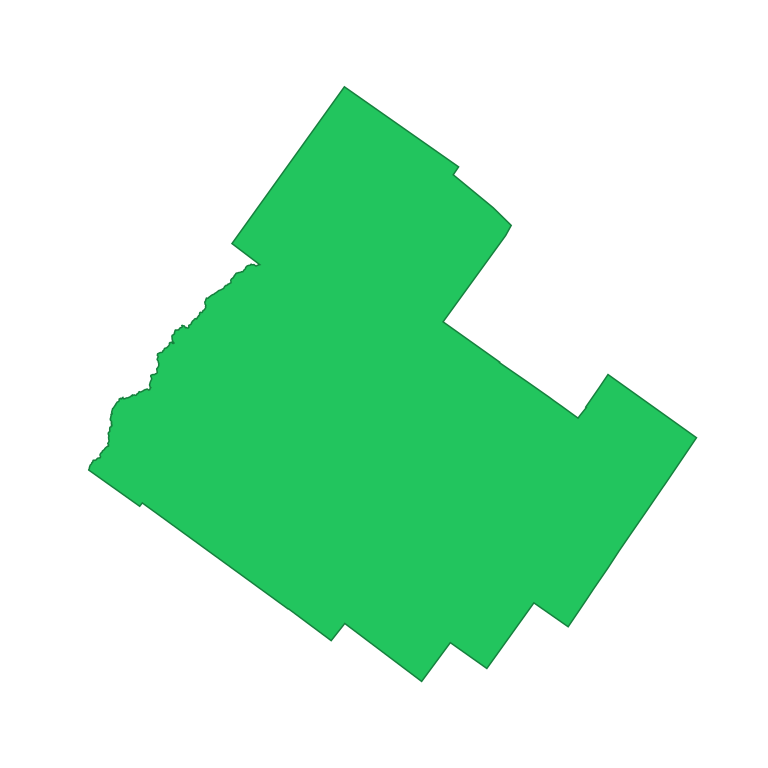 Ayacucho, Buenos Aires, Argentina, rotated 353°
{"feature_id": "61730980B23914757099295", "entity_name": "Ayacucho", "entity_type": "district", "adm_level": 2, "iso_a3": "ARG", "parent_name": "Argentina", "parent_adm1": "Buenos Aires", "projection": "natural_earth1", "projection_center": [-58.84, -36.976], "detail": "fine", "context": "isolated", "style": "filled", "palette": "green", "viewbox_px": 768, "rotation_deg": 353, "n_neighbors": 0, "source": "geoboundaries", "source_scale": "gbopen_adm2", "svg_char_len": 6097}
<svg xmlns="http://www.w3.org/2000/svg" viewBox="0 0 768 768"><g transform="rotate(353 384 384)"><path d="M484.5,177.6L380.9,84.2L250.2,226.1L275.2,250.4L274.2,250.5L273.9,250.6L272.7,250.8L272.1,251.2L271.3,251.3L270.4,250.6L269.5,249.6L268.4,249.7L267.2,249.4L266.7,248.9L266.2,249.3L265.7,249.8L264.0,249.8L262.7,250.1L262.3,250.3L261.2,251.2L260.8,251.7L260.8,252.1L260.4,252.7L259.8,253.3L258.8,253.9L257.7,255.3L257.0,255.4L256.5,255.2L256.0,255.3L255.1,255.7L254.2,255.7L253.7,255.6L252.5,255.9L250.9,256.0L250.6,256.2L250.3,256.5L249.8,257.3L249.6,257.5L249.1,257.7L248.3,258.7L248.3,259.1L247.7,259.5L247.3,260.2L246.9,260.2L246.7,260.5L246.2,260.8L245.6,261.0L245.4,261.2L245.2,261.6L244.7,262.0L244.5,262.4L244.6,263.8L244.5,264.5L244.3,265.0L243.4,265.2L243.1,265.5L242.4,265.6L242.0,265.9L241.3,265.9L241.0,266.4L240.5,266.8L240.0,266.8L239.1,266.9L239.0,267.2L238.5,267.3L237.9,267.6L237.2,268.5L236.7,269.4L236.2,269.6L235.5,270.0L234.2,270.4L233.2,270.8L231.4,271.1L230.9,271.4L228.5,272.9L227.0,273.5L226.1,274.2L224.6,274.5L223.1,275.2L221.9,276.0L221.0,276.4L219.8,277.5L219.3,277.4L218.8,277.2L218.4,277.1L218.2,277.1L218.0,277.3L218.0,277.9L217.5,278.5L217.3,278.8L217.0,279.9L216.4,280.4L216.2,280.7L216.1,281.0L216.2,283.0L216.5,283.5L216.7,284.2L216.7,284.5L216.3,285.2L216.4,286.0L216.3,286.5L214.8,288.4L214.5,288.6L213.7,288.9L213.2,289.2L213.0,289.9L212.4,290.6L211.9,290.9L211.5,290.8L210.8,290.5L210.3,290.5L209.9,290.8L209.7,291.2L209.5,291.7L209.6,292.3L208.9,293.4L208.3,293.6L208.3,294.1L207.4,294.8L207.1,294.9L206.1,296.5L205.8,296.6L205.0,296.2L204.6,296.1L203.7,296.6L203.0,297.4L202.5,297.8L201.6,298.2L201.1,299.0L200.7,299.3L200.4,299.8L200.4,300.2L200.1,300.3L200.0,300.7L199.6,301.2L199.4,301.4L198.1,301.8L197.6,301.9L197.4,302.1L197.2,302.6L197.3,303.5L197.2,304.0L196.5,304.5L196.0,304.5L195.4,304.4L194.9,304.0L194.5,303.8L194.0,304.0L193.7,303.9L193.5,303.6L193.3,302.9L192.8,302.0L191.1,301.6L190.8,301.2L190.4,301.4L190.4,301.5L190.6,301.8L190.7,302.1L190.7,302.6L190.4,303.0L190.0,303.3L188.6,303.3L187.5,304.5L187.1,304.7L186.9,305.2L186.4,305.3L185.6,305.3L185.2,305.1L184.6,305.3L184.2,305.2L183.9,305.0L183.5,305.0L182.9,305.9L182.9,306.3L182.3,307.3L182.2,308.5L181.8,308.9L181.4,309.0L180.6,309.6L179.8,309.8L179.6,310.1L179.3,310.8L179.3,311.2L179.4,311.7L179.2,312.5L179.3,313.3L179.2,313.9L179.3,314.7L179.4,315.2L179.6,315.9L179.6,316.2L179.8,316.6L180.2,317.2L180.5,317.5L180.5,317.9L180.1,318.1L179.8,318.1L179.1,317.9L179.0,317.6L179.0,317.3L179.2,317.0L179.0,316.7L178.7,316.5L178.3,316.6L178.1,316.9L177.3,316.8L176.9,316.7L176.6,316.8L176.3,317.1L175.9,317.4L176.1,318.1L176.0,318.4L175.4,319.3L175.0,319.8L174.6,320.1L174.1,320.6L173.4,321.0L173.0,321.4L172.6,321.6L170.6,321.9L170.3,322.2L170.0,322.9L169.7,323.4L169.2,323.9L168.7,324.0L168.3,324.9L167.8,325.4L167.2,325.6L166.1,325.5L165.5,325.6L163.1,326.4L162.8,326.8L162.8,327.3L162.5,327.8L163.2,329.2L163.1,329.9L162.5,330.5L162.0,331.5L161.8,332.2L162.0,332.5L162.6,333.4L162.7,333.9L162.6,334.5L162.7,334.8L162.8,335.7L163.0,336.0L163.0,336.5L162.8,337.0L162.6,338.5L162.1,339.3L161.4,340.2L161.0,340.5L160.6,341.1L160.3,341.2L160.2,341.5L160.3,342.6L160.3,343.6L160.4,344.7L160.2,345.3L159.1,346.0L158.6,346.0L157.4,346.6L156.9,346.7L156.0,346.4L155.1,346.5L154.4,346.8L154.1,346.8L153.7,347.0L153.5,347.4L153.4,348.0L153.9,349.0L153.8,349.7L154.1,350.4L154.0,350.8L152.7,352.9L152.2,353.8L151.8,354.8L151.7,355.2L151.3,355.9L151.2,356.7L151.3,357.2L151.5,357.7L151.4,358.5L152.1,359.1L151.8,359.6L151.3,359.9L150.8,361.1L149.7,361.3L149.3,361.0L148.7,360.4L148.2,360.1L147.1,360.5L146.2,360.4L145.5,360.9L145.0,360.9L144.3,361.2L143.8,361.6L141.8,362.2L141.0,362.3L140.3,361.8L139.8,362.0L139.4,362.3L139.2,363.0L138.9,363.3L138.6,363.5L137.9,363.6L137.6,363.8L137.3,364.2L136.9,364.8L136.5,365.0L135.6,364.9L135.4,364.7L134.8,364.4L134.0,364.5L133.2,364.5L132.9,364.2L132.7,364.4L132.7,365.0L132.4,365.0L132.3,364.7L132.0,364.8L131.6,365.1L129.9,366.1L129.6,366.0L127.9,366.6L126.9,366.4L126.0,366.6L125.5,366.9L125.0,366.9L124.4,367.1L124.2,367.0L123.8,366.6L123.5,366.7L123.3,366.4L123.2,365.5L122.8,365.6L121.9,366.6L121.3,366.8L121.1,366.6L121.0,366.2L120.9,366.1L120.5,366.2L119.3,366.7L119.1,368.2L118.7,368.8L118.2,369.1L116.9,369.5L116.6,369.9L115.5,371.1L115.0,371.7L115.1,372.0L114.4,372.6L114.0,373.0L112.5,374.8L111.6,375.4L111.6,375.7L111.2,376.4L111.2,376.8L110.7,377.5L110.2,379.0L110.7,380.2L110.6,380.6L110.1,380.7L109.7,380.6L109.4,380.8L109.3,381.4L109.4,381.8L109.4,382.2L109.0,382.8L108.7,383.9L108.1,385.2L108.3,385.5L108.0,386.0L108.1,386.6L108.7,387.4L109.0,388.2L108.8,388.5L109.0,388.9L108.7,389.2L108.8,389.9L108.6,390.0L108.7,390.3L108.6,390.8L108.9,391.2L108.7,391.4L108.9,391.7L108.7,391.9L108.8,392.4L107.9,392.7L107.8,393.3L106.7,393.6L106.5,394.1L106.3,394.9L106.1,396.5L106.2,397.2L105.8,397.9L105.4,398.0L104.3,399.1L104.3,399.7L104.3,400.5L104.6,401.1L104.5,401.6L104.7,402.0L104.7,402.3L104.1,403.1L104.1,403.5L104.2,404.0L104.1,404.4L104.0,404.9L104.2,406.6L104.0,407.4L103.8,407.9L103.0,408.9L102.6,409.2L102.6,409.7L103.2,410.5L103.1,411.0L102.9,411.3L103.1,411.9L102.8,412.2L102.0,412.2L100.8,412.8L99.9,413.4L99.1,414.0L98.8,414.6L97.9,415.3L96.5,416.1L96.2,416.4L96.1,417.0L94.8,417.9L94.2,418.5L93.8,419.0L93.5,419.7L93.5,420.5L93.8,421.4L93.7,422.0L93.3,422.6L90.6,422.8L89.0,424.2L88.0,424.6L87.5,424.5L86.9,424.2L85.9,424.4L85.7,425.3L85.4,425.6L85.2,426.2L84.5,426.4L84.2,427.0L83.9,427.6L83.5,428.1L83.0,428.4L82.6,428.6L82.3,429.2L81.8,430.0L81.8,430.3L81.4,431.0L81.3,431.9L80.4,433.2L80.4,433.4L126.6,475.6L129.6,472.6L261.4,595.6L261.8,595.5L300.3,632.3L315.9,616.9L385.1,683.8L418.3,648.8L451.4,678.9L506.1,619.5L537.2,647.4L557.6,624.0L567.0,613.0L583.8,594.0L597.1,578.2L610.7,562.8L629.2,542.0L648.3,520.3L650.6,517.8L687.6,475.4L607.5,401.9L597.1,413.9L581.4,431.5L582.0,432.0L575.3,438.5L572.4,441.5L557.3,427.4L551.0,421.7L546.5,417.4L525.1,398.1L501.1,376.8L501.5,376.4L450.2,329.5L522.9,251.4L529.6,242.1L513.9,222.4L478.2,184.8L484.5,177.6Z" fill="#22c55e" stroke="#15803d" stroke-width="1.5"/></g></svg>